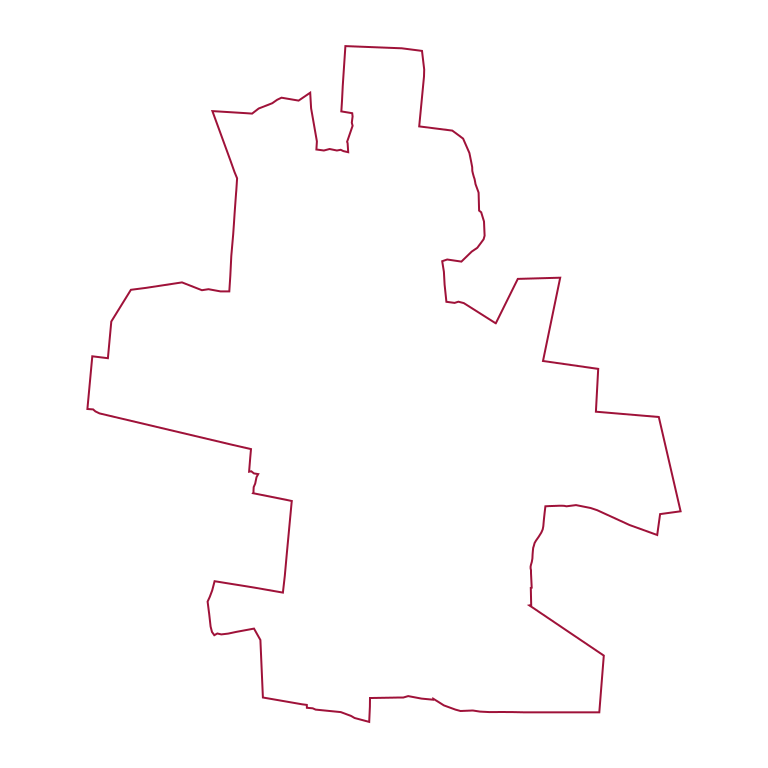 Suma, Yucatán, Mexico (Equal Earth projection)
{"feature_id": "50627088B85227012924618", "entity_name": "Suma", "entity_type": "district", "adm_level": 2, "iso_a3": "MEX", "parent_name": "Mexico", "parent_adm1": "Yucatán", "projection": "equal_earth", "projection_center": [-89.152, 21.109], "detail": "fine", "context": "isolated", "style": "outline", "palette": "rose", "viewbox_px": 768, "rotation_deg": 0, "n_neighbors": 0, "source": "geoboundaries", "source_scale": "gbopen_adm2", "svg_char_len": 2667}
<svg xmlns="http://www.w3.org/2000/svg" viewBox="0 0 768 768"><path d="M560.2,277.7L517.8,278.9L495.8,323.3L495.7,323.3L463.8,303.1L458.4,301.7L454.6,302.9L446.4,301.8L444.6,284.6L443.9,271.8L442.2,261.2L447.2,259.5L461.4,261.6L471.7,251.6L477.3,247.8L483.6,239.3L484.6,235.7L484.0,221.5L481.2,212.3L479.1,210.6L478.6,192.7L478.1,191.2L475.5,184.1L475.0,181.2L474.5,178.8L473.8,176.8L472.9,173.5L472.3,170.9L472.2,167.2L471.1,161.4L469.4,153.0L463.1,138.6L452.3,130.6L419.2,126.4L424.0,76.5L424.2,69.5L422.0,50.9L401.8,48.3L345.4,46.1L343.4,76.1L342.7,86.7L342.7,87.0L342.0,100.8L341.5,108.8L341.3,111.4L352.2,113.2L352.6,116.4L351.8,122.7L352.6,125.8L347.1,141.8L347.6,143.1L348.2,152.2L343.4,151.1L340.7,149.8L336.9,150.5L329.6,149.0L323.9,150.5L316.4,149.5L316.9,141.4L311.1,108.3L310.2,92.7L298.6,100.6L281.5,97.7L277.1,99.8L272.3,103.2L258.7,108.5L252.1,113.6L246.4,113.2L212.4,111.1L230.6,161.0L234.5,172.0L237.1,178.3L236.3,190.5L236.1,192.7L235.3,203.7L234.6,213.4L233.9,224.2L233.2,234.2L231.3,255.9L230.3,276.0L229.3,291.4L220.5,291.4L208.5,289.2L201.9,290.2L182.0,282.4L145.8,287.9L130.9,289.8L111.3,321.5L108.4,352.8L107.9,358.2L92.3,356.3L87.4,409.0L93.1,409.4L95.4,411.4L99.5,413.4L231.4,444.6L251.0,449.1L250.2,458.1L249.1,471.7L251.3,471.3L253.9,473.4L258.2,474.1L256.5,477.2L255.2,483.6L253.7,487.1L253.5,490.7L253.5,492.4L253.0,493.2L287.5,500.1L291.8,501.0L291.6,502.6L289.4,526.0L288.8,532.4L286.8,553.7L284.8,575.9L282.9,592.6L254.3,587.6L245.7,586.2L226.9,583.2L214.6,581.2L212.2,590.4L209.8,596.8L207.6,601.6L209.0,612.6L209.1,613.2L210.6,626.6L212.0,632.0L212.9,633.2L214.3,635.2L217.3,633.5L221.3,634.4L228.2,633.6L236.2,631.9L254.0,628.6L260.4,640.0L262.9,697.5L302.1,704.3L306.8,704.9L306.9,707.8L312.7,708.3L315.6,709.6L340.8,712.1L351.2,716.0L354.6,718.0L369.2,721.9L369.9,706.6L370.0,698.0L371.2,698.0L371.5,698.0L395.0,697.6L399.4,697.5L403.4,697.5L408.2,696.1L421.5,698.6L433.1,699.7L433.2,698.7L437.9,701.6L443.9,705.4L455.4,709.6L460.5,711.0L472.8,710.5L480.0,711.6L489.8,712.1L501.7,712.0L513.7,712.1L522.9,712.3L599.3,712.3L603.8,655.6L529.4,605.4L529.9,605.3L530.1,605.2L530.3,605.2L531.2,605.3L530.8,587.9L531.7,587.7L531.0,573.1L531.0,570.2L530.6,568.4L530.6,566.5L531.0,564.7L531.8,561.9L532.4,558.5L532.6,554.2L532.9,550.6L533.2,547.8L533.7,546.3L534.6,543.0L536.0,540.6L538.6,536.9L541.3,532.6L542.7,529.4L543.3,526.3L543.9,519.6L544.6,513.0L545.4,506.3L548.9,506.1L555.1,505.9L557.6,505.8L560.0,505.7L564.0,505.8L566.5,506.3L576.0,505.1L590.6,508.0L597.2,510.2L629.5,525.0L657.2,535.0L660.1,514.1L680.6,511.3L658.8,417.0L595.9,411.7L598.2,368.9L543.0,361.0L560.2,277.7Z" fill="none" stroke="#9f1239" stroke-width="2"/></svg>